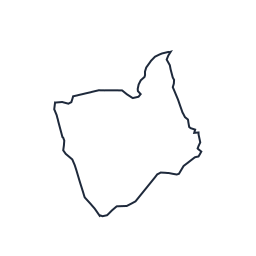 As Silw, Ta`izz, Yemen, rotated 219°
{"feature_id": "15242507B98641384705731", "entity_name": "As Silw", "entity_type": "district", "adm_level": 2, "iso_a3": "YEM", "parent_name": "Yemen", "parent_adm1": "Ta`izz", "projection": "natural_earth1", "projection_center": [44.208, 13.346], "detail": "fine", "context": "isolated", "style": "outline", "palette": "slate", "viewbox_px": 256, "rotation_deg": 219, "n_neighbors": 0, "source": "geoboundaries", "source_scale": "gbopen_adm2", "svg_char_len": 2174}
<svg xmlns="http://www.w3.org/2000/svg" viewBox="0 0 256 256"><g transform="rotate(219 128 128)"><path d="M142.8,214.1L143.6,212.9L144.5,212.5L148.5,207.3L149.8,204.9L151.9,200.4L152.4,194.8L152.2,192.0L152.1,190.0L151.9,186.5L150.3,182.5L148.1,179.9L147.3,178.1L148.1,173.1L147.1,168.5L145.0,164.4L143.5,162.9L139.5,162.3L139.5,158.9L140.1,158.1L143.1,154.3L144.2,154.1L145.3,154.0L150.0,153.5L151.4,153.5L152.7,153.5L156.2,153.5L158.4,151.8L158.7,151.5L159.1,151.2L159.3,151.1L168.6,143.6L170.0,142.4L170.3,142.2L170.7,141.9L170.8,141.8L174.6,138.8L174.7,138.6L176.2,136.7L178.9,133.2L179.3,132.6L179.5,132.3L180.3,131.3L182.9,128.0L185.2,125.0L186.0,124.0L187.4,122.2L187.8,121.6L190.6,118.1L189.6,115.8L188.3,112.4L189.3,110.2L189.6,109.4L194.5,107.2L195.5,106.8L195.7,106.6L200.5,102.0L200.7,101.9L199.6,100.1L197.1,96.1L196.5,95.8L196.2,95.6L195.7,95.4L194.5,94.7L191.7,93.2L191.4,93.0L189.0,91.2L188.8,91.1L188.2,90.7L186.3,89.2L181.1,85.4L173.8,80.1L173.3,79.7L172.7,79.7L172.3,79.7L169.6,78.1L166.9,74.2L164.6,70.4L164.3,69.9L164.0,69.8L160.1,68.7L154.8,68.6L151.5,68.5L146.0,65.6L141.4,62.6L133.1,56.9L129.1,54.2L128.9,54.1L128.2,53.6L127.7,53.3L124.4,51.1L124.1,50.9L123.3,50.4L119.5,47.8L118.1,46.9L117.2,46.7L114.6,46.3L108.1,45.3L107.9,45.2L103.7,44.5L102.5,44.2L94.6,41.9L94.4,42.7L92.3,43.4L89.4,47.0L89.2,48.2L88.6,54.0L87.6,59.4L87.5,59.8L87.4,60.1L80.5,66.1L79.9,66.6L77.7,71.6L76.0,75.7L76.0,83.8L76.0,89.3L76.0,95.9L76.0,99.9L76.0,106.4L76.1,110.5L75.7,111.2L74.8,113.3L74.6,113.9L74.5,114.0L70.5,116.9L69.4,117.6L68.1,118.6L64.5,120.5L60.9,122.5L59.6,124.4L59.7,125.2L60.9,133.5L57.6,147.3L56.8,148.4L56.3,149.0L55.3,150.2L55.6,152.5L56.2,155.8L60.2,155.8L61.0,155.9L61.8,158.3L62.8,162.3L69.0,167.3L70.4,168.9L73.5,165.9L74.8,169.0L79.2,167.3L79.7,167.3L81.1,167.3L85.0,170.7L85.1,170.8L85.8,171.5L86.8,172.3L90.6,172.3L93.5,173.6L95.2,174.3L95.4,174.3L95.6,174.5L101.5,178.1L106.6,181.3L107.3,181.7L109.9,183.1L116.6,186.7L118.9,187.9L119.4,189.1L119.7,189.9L120.0,190.6L120.4,191.5L122.5,194.4L125.0,195.4L131.8,200.4L135.0,203.1L141.0,205.5L142.2,209.4L142.3,209.9L142.5,211.6L142.8,214.1Z" fill="none" stroke="#1e293b" stroke-width="2"/></g></svg>